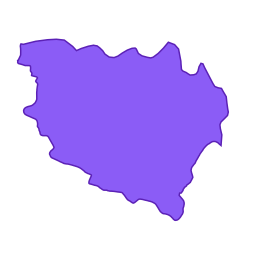 the district of Az-Zabdani, Rif Dimashq, Syria, rotated 263°
{"feature_id": "27442178B59833257068654", "entity_name": "Az-Zabdani", "entity_type": "district", "adm_level": 2, "iso_a3": "SYR", "parent_name": "Syria", "parent_adm1": "Rif Dimashq", "projection": "robinson", "projection_center": [36.084, 33.702], "detail": "fine", "context": "isolated", "style": "filled", "palette": "violet", "viewbox_px": 256, "rotation_deg": 263, "n_neighbors": 0, "source": "geoboundaries", "source_scale": "gbopen_adm2", "svg_char_len": 5469}
<svg xmlns="http://www.w3.org/2000/svg" viewBox="0 0 256 256"><g transform="rotate(263 128 128)"><path d="M208.2,178.5L203.7,173.7L203.1,173.1L198.3,167.0L195.2,161.6L194.8,159.0L195.8,155.8L197.9,150.7L200.7,147.4L205.5,145.8L206.5,144.8L206.6,141.6L205.4,136.8L203.0,131.3L200.6,126.8L199.6,122.8L200.7,118.0L204.2,114.1L207.8,112.3L211.0,109.7L213.3,107.3L213.6,106.1L214.4,103.7L214.3,103.3L214.0,98.6L212.6,91.3L211.1,86.3L215.7,83.0L223.0,75.5L224.8,67.8L225.4,59.0L225.3,46.9L223.8,34.4L224.5,32.0L224.0,31.7L223.7,31.5L222.4,31.1L221.9,31.1L221.5,31.1L221.0,31.1L220.1,31.1L217.6,30.9L215.4,30.6L214.7,30.5L213.9,30.4L213.0,30.1L212.7,29.9L211.3,29.0L209.7,28.0L208.8,27.5L208.8,27.4L208.5,26.7L208.1,26.7L207.4,26.7L206.7,26.5L205.9,26.7L205.4,27.0L204.7,28.6L204.6,29.0L204.2,29.9L203.7,31.1L202.9,32.7L202.5,33.6L202.4,34.6L202.1,36.5L202.0,37.3L201.9,37.9L201.4,38.6L200.9,38.7L200.0,38.7L198.6,38.5L197.3,38.2L196.8,38.2L196.3,38.2L195.7,38.6L195.2,38.8L194.5,39.1L194.4,39.2L193.4,39.2L192.9,39.0L192.2,38.7L191.9,38.7L191.7,38.9L191.6,39.1L191.1,40.3L190.6,41.6L190.1,43.0L189.8,43.5L189.2,44.1L188.9,44.2L188.6,44.2L188.4,44.0L188.0,43.7L187.6,43.3L186.4,42.5L185.8,42.1L185.0,42.3L184.7,42.5L184.0,43.1L183.4,43.5L182.6,43.7L182.4,43.6L182.0,43.6L180.1,43.0L177.7,42.4L176.8,42.2L176.4,42.2L175.2,41.9L174.2,41.7L170.5,41.3L170.4,41.3L168.8,41.1L167.9,41.0L167.0,40.7L166.9,40.6L165.7,39.9L164.3,38.9L162.9,36.9L162.3,35.9L162.0,35.1L161.7,33.5L161.5,31.6L161.3,30.7L161.2,30.3L161.1,29.9L160.7,28.8L160.5,28.4L159.8,27.5L158.9,26.9L158.0,26.5L157.3,26.5L156.4,26.5L155.0,27.0L154.0,27.7L152.9,29.2L151.1,32.3L150.7,32.9L149.5,34.9L148.7,36.3L147.9,37.5L146.6,38.4L145.4,38.7L144.5,38.8L142.9,38.8L141.7,38.5L140.6,38.3L140.2,38.4L139.2,39.1L138.3,39.4L137.4,39.5L136.5,39.5L136.1,39.6L135.7,39.8L134.9,40.0L133.9,40.1L133.3,40.1L132.7,40.2L132.0,40.5L131.5,41.1L131.3,41.3L131.1,41.9L130.8,42.5L130.6,43.7L130.4,45.9L130.1,46.6L129.7,47.3L128.7,48.0L126.1,49.0L124.0,49.9L122.3,50.6L121.6,50.9L121.0,51.2L119.0,51.9L118.1,52.1L117.9,52.2L117.3,52.0L116.7,51.5L116.1,50.9L115.8,50.4L115.0,49.3L114.6,48.6L113.9,48.0L113.0,47.3L112.0,47.0L111.4,47.0L111.1,47.1L110.3,47.4L109.4,47.6L108.5,48.0L107.6,48.9L106.8,50.3L103.5,55.6L102.7,56.7L102.0,58.0L100.6,60.1L99.9,62.3L99.5,64.2L98.0,68.0L97.4,69.3L96.8,70.7L96.2,72.0L95.8,72.9L95.3,73.8L94.3,75.4L93.2,76.7L91.7,78.2L90.7,79.2L89.9,79.7L89.5,80.1L89.2,80.4L88.7,81.2L87.7,82.6L87.2,83.8L86.8,84.4L86.5,84.9L86.2,85.5L85.7,85.9L85.2,85.8L84.5,85.5L83.9,85.1L83.2,84.7L82.7,84.4L81.4,83.6L79.9,82.9L79.0,82.6L78.9,82.6L77.9,82.5L77.6,82.7L77.2,83.2L76.8,84.4L76.4,85.3L75.9,86.5L75.3,87.7L74.8,89.3L74.3,90.4L73.8,91.2L73.4,91.7L72.3,92.5L71.5,93.5L70.3,94.8L70.0,95.2L69.3,96.2L68.8,99.5L68.4,99.9L68.0,101.1L67.6,102.2L67.4,103.3L67.3,104.1L67.1,104.9L66.8,106.4L66.1,109.0L65.7,110.4L65.4,111.8L65.1,112.7L64.8,113.8L64.3,114.5L63.7,114.9L62.6,115.5L61.9,116.1L61.3,116.4L59.2,117.5L58.2,118.0L57.3,118.6L56.8,118.9L56.1,119.8L55.8,120.1L55.6,120.7L55.0,121.2L54.5,121.8L53.6,122.8L53.0,123.6L52.8,124.3L53.2,125.5L53.7,126.3L54.4,127.4L55.5,129.1L55.8,129.7L56.0,130.3L56.0,131.2L55.7,132.4L55.3,133.8L54.3,136.3L53.5,138.6L53.0,139.7L52.6,140.9L51.9,142.4L51.6,143.0L51.3,143.5L50.8,144.1L50.1,145.2L49.7,145.6L48.9,146.3L47.7,146.9L46.0,147.7L45.2,148.1L43.9,148.6L43.1,149.0L42.4,149.3L41.0,150.0L40.5,150.5L40.1,150.9L39.5,151.4L38.7,152.5L38.5,153.4L38.4,153.9L38.1,154.9L37.8,155.5L37.3,156.8L36.9,157.4L36.3,158.4L35.3,159.5L35.2,159.6L34.9,159.9L34.8,160.0L34.2,160.3L33.2,161.2L32.9,161.4L32.5,161.6L32.2,161.8L32.0,162.0L31.9,162.0L31.3,162.6L30.7,163.3L30.6,163.9L30.6,164.0L30.6,164.8L30.7,165.7L31.0,166.4L31.5,167.3L32.2,168.1L32.6,168.6L33.3,169.3L33.7,169.6L34.3,170.1L34.8,170.5L35.5,171.1L35.9,171.5L37.0,172.1L37.7,172.4L38.5,172.6L39.0,172.6L40.3,172.7L40.6,172.7L41.3,172.8L42.0,173.1L42.5,173.3L43.5,173.8L44.5,174.1L45.1,174.3L45.9,174.5L46.0,174.5L46.9,174.6L47.7,174.5L47.8,174.5L48.5,174.4L49.3,174.2L49.7,173.9L50.3,173.6L51.1,173.1L52.3,172.3L52.9,171.9L54.3,171.0L54.5,170.8L54.8,170.6L55.3,170.7L56.0,170.9L57.1,171.3L57.0,172.2L57.0,172.9L57.6,173.5L58.0,173.8L58.6,174.3L59.1,174.9L60.3,175.3L60.6,175.5L60.8,175.7L61.1,176.1L62.2,176.8L62.6,177.7L63.0,178.4L63.5,179.1L64.0,179.3L64.4,179.7L64.6,180.0L64.8,180.5L65.1,181.1L65.9,182.3L66.4,183.2L67.4,183.8L68.0,184.3L71.0,186.3L71.8,186.3L72.5,186.2L73.3,186.1L74.5,185.9L76.0,185.6L76.6,185.6L76.8,185.5L77.3,185.5L78.3,185.4L78.9,185.6L80.1,186.0L80.6,186.2L81.5,186.8L82.0,187.2L82.6,187.9L83.3,188.5L84.0,189.2L84.7,190.1L85.1,190.4L86.3,191.1L87.3,191.7L88.8,192.9L90.4,194.1L90.9,194.4L92.1,195.4L92.2,195.5L93.5,196.3L93.9,196.7L94.9,197.6L95.9,198.5L96.5,199.2L98.0,200.3L99.1,201.4L100.2,202.7L100.7,203.3L101.8,204.8L102.2,205.5L102.5,206.5L103.3,208.0L103.9,209.2L104.1,209.9L104.2,210.5L104.2,211.3L104.1,212.3L103.8,213.4L103.4,214.0L103.1,214.5L102.6,215.2L101.8,216.0L101.3,216.4L100.8,216.7L100.5,217.0L100.1,217.5L99.3,218.2L109.7,220.3L116.0,219.6L120.0,219.6L122.6,221.0L125.9,225.3L128.3,228.3L131.6,229.5L134.6,229.3L140.9,229.2L147.1,229.3L152.9,226.8L155.9,225.6L156.9,222.4L158.6,219.2L159.9,218.6L161.6,217.8L164.2,216.8L178.6,211.4L182.5,210.2L183.3,208.3L180.2,206.0L175.7,204.3L173.4,202.3L172.8,199.8L173.0,196.1L174.4,194.3L176.0,192.5L177.7,189.6L179.5,188.2L184.9,188.4L187.9,188.6L200.2,187.8L205.1,184.4L208.2,178.5Z" fill="#8b5cf6" stroke="#5b21b6" stroke-width="1.5"/></g></svg>